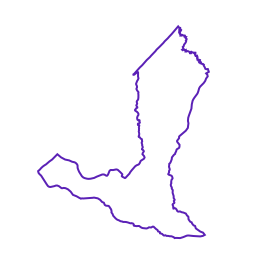 outline of Retalhuleu, Retalhuleu, Guatemala, rotated 95°
{"feature_id": "79465075B31149940203077", "entity_name": "Retalhuleu", "entity_type": "district", "adm_level": 2, "iso_a3": "GTM", "parent_name": "Guatemala", "parent_adm1": "Retalhuleu", "projection": "albers", "projection_center": [-91.907, 14.391], "detail": "fine", "context": "isolated", "style": "outline", "palette": "violet", "viewbox_px": 256, "rotation_deg": 95, "n_neighbors": 0, "source": "geoboundaries", "source_scale": "gbopen_adm2", "svg_char_len": 5705}
<svg xmlns="http://www.w3.org/2000/svg" viewBox="0 0 256 256"><g transform="rotate(95 128 128)"><path d="M160.3,196.1L166.0,200.8L168.2,203.4L171.4,206.5L172.5,208.0L173.9,209.6L175.7,211.2L177.0,212.1L178.8,213.8L180.5,213.2L181.7,212.1L183.0,210.4L191.3,204.0L192.8,202.7L193.3,201.8L193.5,201.1L193.5,200.0L192.4,196.5L191.6,194.7L191.5,193.4L192.0,191.7L193.7,189.0L193.7,188.2L193.3,186.8L193.4,185.0L194.3,182.5L196.3,179.7L196.7,179.3L199.4,177.0L200.5,173.3L202.0,170.1L202.2,169.3L202.5,168.8L202.1,167.7L202.1,166.4L200.6,157.0L200.3,155.8L200.7,152.0L201.9,149.6L204.0,147.3L204.5,145.6L204.9,145.3L206.4,144.6L206.8,144.2L207.3,143.1L207.3,140.7L207.6,140.1L210.6,137.7L212.4,137.1L213.6,137.1L215.1,135.8L216.7,135.1L219.2,132.4L220.3,130.7L220.8,128.9L221.5,127.4L221.7,125.4L222.0,124.7L221.8,121.9L222.1,119.9L222.7,117.5L222.7,116.6L222.5,116.3L222.7,114.8L223.4,114.0L224.0,113.7L224.5,113.8L224.9,113.4L225.0,110.9L224.7,109.1L224.7,108.3L226.1,105.9L226.4,104.7L226.5,101.0L226.1,99.8L225.1,98.4L225.1,96.3L224.1,94.8L224.1,93.9L226.3,91.1L227.0,89.8L227.4,89.5L228.4,89.0L228.7,87.6L229.0,87.1L230.1,86.9L230.3,85.6L230.6,84.7L231.6,83.5L232.0,82.7L231.6,81.3L232.1,80.3L232.0,78.3L232.2,77.1L232.1,75.2L232.8,72.9L233.6,72.0L233.3,70.7L233.1,66.4L231.9,63.5L230.2,60.2L229.9,59.2L229.8,58.2L229.9,53.5L229.7,46.6L229.0,44.1L227.8,42.2L225.7,44.1L224.9,46.9L222.3,51.4L221.9,51.8L219.8,52.6L219.5,53.2L219.4,53.9L219.2,54.3L217.5,55.9L216.5,56.3L215.9,57.9L213.9,59.6L213.4,59.8L211.3,60.1L210.8,60.5L210.0,61.6L208.2,62.9L207.4,65.4L207.2,67.3L206.6,68.8L206.6,69.2L206.9,70.1L206.9,70.9L206.4,71.7L204.9,72.6L204.0,73.6L203.7,74.8L204.3,75.4L204.3,75.7L203.5,76.0L202.1,76.1L201.3,76.6L200.3,76.9L199.9,76.7L198.7,75.4L198.3,75.3L196.7,76.0L195.6,75.3L195.3,75.3L193.8,76.4L191.8,76.6L188.7,77.9L186.0,78.0L184.6,79.1L183.4,79.2L182.1,80.1L181.1,80.4L180.4,80.4L179.0,80.0L178.3,80.3L176.6,80.2L175.6,80.0L175.0,79.5L174.1,79.2L172.4,79.9L171.7,80.6L170.9,83.4L170.4,83.9L168.6,83.2L167.3,83.4L165.9,82.8L164.6,83.1L163.9,83.5L162.8,83.8L161.4,83.7L160.1,83.8L159.1,82.9L157.8,82.4L155.3,81.7L153.7,81.7L153.3,81.6L150.7,79.9L149.7,78.8L148.6,78.7L147.3,78.1L145.3,77.7L144.6,77.1L144.1,76.3L143.2,75.3L142.1,75.1L140.2,75.2L137.9,77.4L137.2,77.9L136.7,78.0L136.3,77.9L133.8,76.3L133.4,76.2L132.5,76.4L131.7,76.1L125.7,70.2L122.7,68.4L118.0,68.2L115.7,68.9L112.6,68.9L110.3,68.4L103.2,66.5L98.9,66.5L95.2,66.0L93.7,65.4L92.0,64.5L87.6,61.8L85.5,61.2L82.3,60.6L80.6,59.8L76.6,56.5L74.4,55.2L71.9,54.5L69.6,53.1L68.0,53.6L67.3,54.2L67.4,54.3L66.8,54.9L65.0,52.4L62.3,53.6L62.6,55.0L62.3,56.1L60.7,56.9L59.1,58.1L58.4,57.9L57.7,58.9L57.8,59.6L57.4,60.5L57.3,61.1L56.4,60.9L55.5,61.7L56.8,62.1L56.5,62.8L55.2,62.4L55.2,63.2L55.0,63.5L54.8,63.4L54.3,62.5L54.0,62.4L53.9,63.2L53.6,63.7L54.1,64.2L54.0,64.8L53.1,65.0L52.2,65.4L51.8,65.3L51.4,64.9L50.0,65.5L49.8,65.7L50.3,66.2L50.4,66.9L48.9,67.8L48.3,67.8L47.5,67.3L47.1,67.4L47.1,68.1L47.5,69.2L47.1,69.7L47.0,70.7L46.5,71.6L46.6,71.9L46.8,72.0L47.4,71.5L47.8,71.5L48.1,71.8L48.1,72.7L48.1,72.8L47.4,73.0L47.0,73.2L46.3,74.6L46.2,75.7L46.8,76.6L46.8,77.2L46.2,77.0L45.2,77.2L45.3,77.4L45.6,77.5L45.8,77.8L45.4,78.7L44.9,78.9L44.9,79.5L45.7,80.3L45.3,80.9L44.3,79.9L43.7,79.9L42.5,80.5L41.7,79.7L40.0,79.4L38.6,78.4L37.0,77.7L35.9,77.6L35.7,77.7L35.6,77.9L34.3,77.3L33.3,78.5L32.9,78.4L32.3,78.1L32.2,79.5L31.6,79.5L31.1,79.3L30.9,79.5L31.1,80.7L31.1,81.1L30.7,81.5L30.5,82.2L30.8,82.7L31.3,82.9L31.4,83.8L30.9,83.8L30.4,83.5L30.2,84.2L29.8,84.5L29.3,84.3L28.7,84.5L28.8,85.1L28.0,85.5L27.8,85.4L27.7,84.8L27.5,84.6L26.9,85.2L26.6,85.1L26.8,84.1L25.9,83.6L25.7,83.6L25.5,84.1L25.8,85.2L25.7,85.5L25.2,85.4L24.2,84.6L23.8,84.7L24.0,85.6L23.8,85.8L23.3,86.0L22.4,86.9L30.5,92.6L33.4,94.9L35.2,96.2L38.4,99.0L40.2,100.2L44.2,103.5L47.5,106.4L49.1,107.4L54.1,111.4L55.5,112.4L58.6,115.2L64.2,119.3L66.8,121.6L73.5,126.6L74.1,127.3L74.5,127.2L74.5,126.8L74.1,126.2L71.6,123.7L71.5,123.0L71.8,122.8L75.8,122.5L77.6,121.9L79.0,122.3L80.4,123.0L83.2,123.8L83.8,123.7L85.2,122.9L86.1,122.6L87.0,122.6L87.9,123.0L88.7,122.9L89.9,122.1L91.3,120.8L91.7,120.7L92.7,120.8L94.1,120.5L97.0,120.3L98.7,120.4L100.5,121.5L101.2,121.6L103.0,121.0L104.7,121.7L105.0,121.6L106.3,120.6L106.9,120.5L107.1,120.7L107.3,121.3L108.3,121.8L108.9,122.4L109.5,122.6L110.0,122.4L110.2,122.1L111.2,120.3L112.2,119.3L113.1,118.8L114.2,118.8L115.2,119.4L115.8,119.6L117.0,119.8L118.2,119.6L119.0,119.2L119.4,118.5L119.5,118.3L119.1,117.8L119.3,117.2L119.5,117.1L120.5,117.2L121.3,116.7L121.7,116.7L122.5,117.6L122.8,118.4L123.3,118.5L123.8,118.4L124.2,118.2L124.2,117.2L124.4,117.0L126.8,117.2L127.6,116.9L128.4,117.0L129.4,116.8L130.3,117.0L132.8,116.3L134.4,116.3L135.1,116.6L135.7,116.6L136.0,116.4L136.3,115.4L137.5,114.4L137.8,113.4L138.4,113.1L140.4,112.7L141.1,113.1L141.9,113.0L143.3,112.4L144.1,112.4L145.8,111.6L146.2,111.7L147.5,112.2L148.0,112.2L148.7,111.0L149.7,110.2L150.1,110.3L151.9,111.2L152.9,111.3L154.5,109.6L155.9,108.9L156.7,109.2L157.3,109.5L159.4,112.2L159.9,112.6L161.8,113.2L163.2,114.0L163.5,114.4L164.4,116.2L165.5,117.5L169.9,120.7L172.1,122.1L173.2,122.5L177.9,126.2L178.1,126.7L178.0,127.2L177.5,128.1L177.2,129.1L176.7,129.8L176.4,130.0L175.1,129.6L174.5,129.7L173.0,131.4L170.6,134.5L170.3,135.6L170.4,136.5L171.2,139.2L171.3,141.4L171.5,141.9L172.4,142.7L175.7,143.7L176.6,144.1L177.4,144.8L177.4,145.5L176.5,147.4L176.4,148.5L176.6,149.7L179.2,154.9L180.7,157.4L181.8,160.9L182.1,162.8L182.1,164.3L181.7,166.8L181.2,168.2L180.1,169.7L176.0,172.8L174.0,173.9L172.2,174.7L169.7,175.0L168.7,175.5L167.3,177.1L166.8,178.3L166.5,180.7L165.4,183.8L164.9,187.9L163.1,192.1L160.3,196.1Z" fill="none" stroke="#5b21b6" stroke-width="2"/></g></svg>